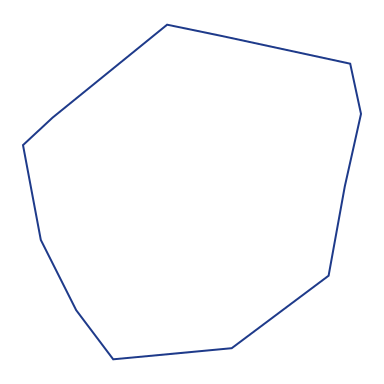 an SVG outline of São Salvador do Mundo
{"feature_id": "CPV-5049", "entity_name": "São Salvador do Mundo", "entity_type": "state/province", "adm_level": 1, "iso_a3": "CPV", "parent_name": "Cabo Verde", "parent_adm1": "", "projection": "mercator", "projection_center": [-23.611, 15.073], "detail": "fine", "context": "isolated", "style": "outline", "palette": "blue", "viewbox_px": 384, "rotation_deg": 0, "n_neighbors": 0, "source": "natural_earth", "source_scale": "10m", "svg_char_len": 299}
<svg xmlns="http://www.w3.org/2000/svg" viewBox="0 0 384 384"><path d="M167.1,24.7L220.9,35.8L350.2,63.7L361.0,113.9L353.7,146.7L344.8,186.4L328.6,275.7L231.7,348.2L197.7,351.4L113.2,359.3L76.2,310.2L40.8,239.9L23.0,145.1L52.6,117.6L167.1,24.7Z" fill="none" stroke="#1e3a8a" stroke-width="2"/></svg>